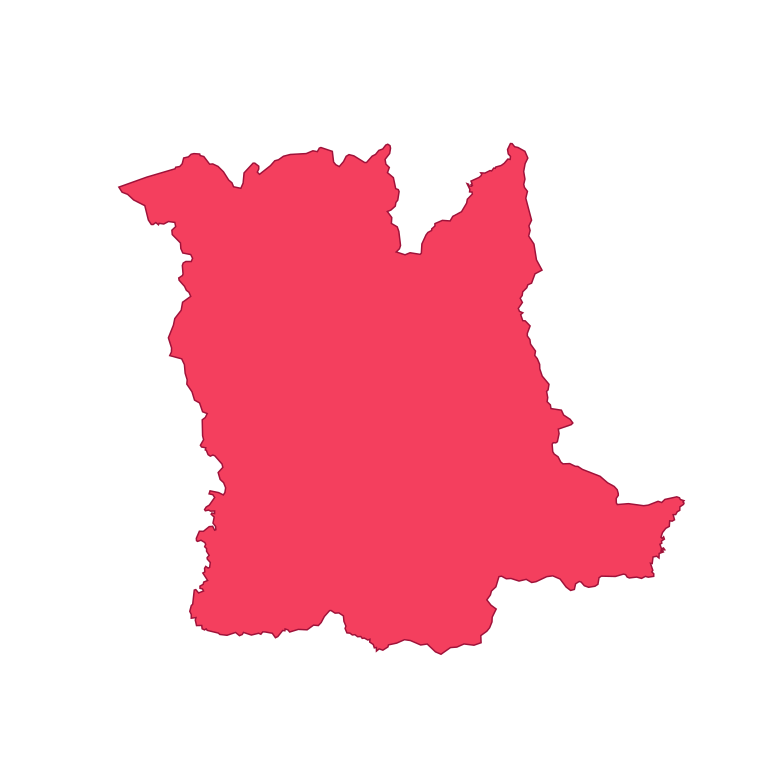 Mueang Nan, Nan, Thailand, rotated 163°
{"feature_id": "78962969B90844485924404", "entity_name": "Mueang Nan", "entity_type": "district", "adm_level": 2, "iso_a3": "THA", "parent_name": "Thailand", "parent_adm1": "Nan", "projection": "albers", "projection_center": [100.677, 18.865], "detail": "fine", "context": "isolated", "style": "filled", "palette": "rose", "viewbox_px": 768, "rotation_deg": 163, "n_neighbors": 0, "source": "geoboundaries", "source_scale": "gbopen_adm2", "svg_char_len": 6171}
<svg xmlns="http://www.w3.org/2000/svg" viewBox="0 0 768 768"><g transform="rotate(163 384 384)"><path d="M181.2,565.3L186.7,571.0L189.7,572.7L191.2,576.4L192.8,577.0L197.3,572.1L197.9,567.7L196.5,564.7L197.7,561.9L199.8,562.9L204.5,559.9L208.1,558.7L213.8,558.8L214.6,557.7L215.9,558.4L218.8,556.3L220.2,557.1L225.8,556.2L229.7,557.6L229.2,556.2L230.1,554.9L232.5,553.8L241.5,552.6L241.2,549.9L242.4,549.2L241.4,548.2L242.4,547.5L244.8,548.5L244.7,550.3L246.0,551.3L245.0,545.1L246.0,542.7L243.7,541.8L244.0,539.8L250.3,536.3L252.1,532.8L259.5,526.1L269.2,524.2L273.1,520.6L280.3,523.4L288.4,522.5L289.1,520.2L293.0,518.4L293.6,516.9L297.7,516.1L300.2,514.3L306.8,506.9L310.0,498.3L311.5,497.4L320.7,501.9L326.1,501.4L333.7,506.7L329.7,508.8L327.7,511.6L325.2,525.6L325.4,530.4L330.0,535.4L327.9,540.9L330.4,548.0L326.6,548.3L321.2,550.8L319.6,554.1L317.1,555.8L313.3,563.6L313.5,565.7L315.7,567.4L314.7,578.6L318.9,585.1L315.6,589.5L317.9,593.7L317.3,598.5L311.2,602.8L308.8,607.6L308.6,610.2L310.3,612.2L312.4,612.0L316.5,609.1L320.7,608.9L325.0,606.0L328.7,605.4L336.0,600.9L337.8,601.5L346.1,611.0L350.4,613.6L353.6,612.8L357.7,608.5L363.2,605.0L366.0,607.8L367.3,611.0L365.4,621.6L375.2,628.6L376.9,628.5L379.8,625.7L383.8,627.8L391.0,627.1L406.5,630.9L413.6,631.2L419.3,629.3L423.2,629.4L428.7,626.0L441.8,620.9L443.2,623.7L440.9,626.2L440.1,628.9L443.0,633.0L444.6,633.5L456.1,626.8L460.0,617.3L463.7,613.0L470.2,616.6L470.6,620.9L472.9,624.5L475.5,633.9L479.1,640.6L483.4,644.5L486.5,645.2L489.8,654.2L493.0,656.2L493.0,657.8L498.4,659.9L501.3,660.1L504.6,658.4L509.5,658.7L512.6,653.6L515.7,651.7L519.8,652.2L520.9,650.9L550.3,651.2L580.0,649.8L578.4,644.0L573.7,640.3L569.6,633.2L560.6,624.5L561.4,609.7L559.9,604.6L558.2,604.0L555.0,605.1L553.1,602.2L552.1,603.4L547.8,601.4L542.6,602.4L536.8,599.7L537.2,595.4L541.9,593.1L542.8,588.8L537.4,578.4L538.7,572.9L538.1,568.1L531.0,564.3L530.3,560.2L532.5,557.5L537.7,559.1L540.6,558.4L542.2,556.3L544.0,548.0L545.0,546.7L549.3,545.4L549.6,543.1L546.2,535.7L545.6,531.4L543.7,528.7L543.2,524.3L552.7,521.1L556.4,513.8L564.9,507.8L568.2,501.8L576.7,491.2L576.6,480.6L577.9,476.8L580.6,473.8L570.1,467.2L569.2,460.9L571.0,452.5L571.0,445.6L572.6,441.5L569.9,432.7L569.9,424.0L565.9,419.8L565.6,410.5L561.7,407.4L564.7,404.2L568.3,402.9L572.6,387.6L572.8,383.5L577.5,379.1L576.9,377.1L573.1,375.1L574.2,373.2L573.3,372.5L572.9,367.9L571.2,365.8L568.4,366.1L566.8,364.8L562.3,354.8L562.5,351.4L568.5,347.8L568.6,340.6L566.2,336.5L565.8,331.0L567.9,326.7L570.1,324.9L573.9,328.5L581.6,332.7L583.4,330.1L580.1,328.2L579.1,325.0L586.4,319.3L590.1,318.3L592.3,316.4L591.9,315.0L588.6,314.7L587.0,313.1L583.1,312.1L583.9,309.6L586.3,311.0L587.4,310.0L585.3,306.4L588.2,301.0L586.7,297.0L587.4,293.8L588.7,293.7L589.5,298.0L592.9,298.7L599.8,295.9L603.6,297.2L608.6,291.3L609.1,289.0L608.3,288.0L604.7,288.1L601.7,284.8L601.4,282.8L603.1,280.8L601.8,278.5L602.6,275.9L601.3,271.3L603.9,269.7L604.2,268.3L602.3,264.0L604.4,259.6L606.0,259.4L607.8,261.7L609.5,260.2L610.3,256.7L612.5,256.2L610.1,247.7L614.3,247.3L615.5,245.3L619.1,244.5L619.7,242.4L617.5,241.1L617.1,238.8L622.4,238.4L624.1,242.4L625.7,242.4L631.3,229.4L633.1,228.4L636.2,223.4L635.7,219.9L636.8,216.4L632.1,215.6L633.5,213.4L633.9,207.8L628.9,206.4L629.5,203.1L627.5,201.3L625.7,201.8L625.1,200.1L615.2,194.2L614.2,192.5L607.6,189.6L598.6,189.8L595.8,185.6L592.8,185.9L591.0,187.5L584.2,182.7L576.8,182.3L574.9,180.7L572.4,182.4L570.1,181.6L563.7,178.3L562.0,173.1L559.4,173.5L553.0,177.9L550.9,177.0L550.2,178.7L547.8,177.0L546.7,174.4L537.7,174.4L529.4,171.4L521.9,174.0L517.4,172.2L513.8,174.3L509.0,179.1L502.3,183.2L500.9,182.9L497.8,179.2L494.1,178.3L490.6,174.1L491.7,168.7L491.2,163.6L492.7,161.6L492.2,156.8L489.4,155.7L487.7,153.3L485.1,152.8L483.1,150.0L480.0,149.3L479.2,147.1L477.1,146.8L474.3,143.9L472.1,144.0L473.1,141.4L470.4,138.0L470.4,134.5L468.3,134.2L469.3,130.8L466.1,132.1L462.9,129.8L457.1,131.4L456.0,133.2L447.6,132.5L439.2,133.5L433.8,131.0L425.2,123.7L418.7,122.7L413.1,112.8L408.5,108.9L397.5,112.5L391.2,111.1L383.5,112.0L374.3,107.9L366.8,108.2L365.0,115.1L358.0,117.5L354.3,120.0L350.3,124.9L348.7,129.4L342.5,136.0L346.4,141.3L348.8,147.5L343.9,151.2L341.8,154.6L336.3,157.3L330.4,166.2L327.7,165.8L324.0,162.0L319.4,160.9L312.5,156.1L305.1,155.6L300.8,151.0L296.4,150.5L284.7,152.2L278.7,151.2L272.6,146.0L269.2,136.6L265.9,132.0L262.0,131.9L259.2,136.9L255.1,138.1L253.4,137.0L251.4,132.5L247.8,129.8L241.4,128.9L238.0,129.9L235.0,135.9L232.3,136.7L219.0,132.3L210.6,132.2L208.7,131.1L207.9,128.3L206.1,126.8L198.9,125.5L194.5,122.8L190.3,123.6L187.8,122.0L182.3,121.2L181.5,123.6L182.8,126.0L181.4,127.2L181.6,134.7L180.0,133.9L177.3,139.9L173.6,139.6L171.9,137.2L170.4,141.5L166.0,141.7L166.6,143.2L168.0,143.0L167.6,144.1L164.0,143.4L164.7,145.5L166.8,145.3L167.0,150.1L164.9,150.5L164.6,152.7L161.2,153.7L161.3,156.1L163.1,155.1L163.9,156.5L161.1,160.5L156.7,163.6L152.8,164.4L150.8,169.6L148.5,168.6L145.9,169.2L145.7,174.5L143.2,173.9L140.9,176.1L138.1,176.7L137.0,180.0L132.8,181.3L131.9,182.4L132.6,183.8L131.2,184.7L134.4,186.9L134.7,188.8L137.0,190.5L149.1,191.5L153.1,189.5L156.2,191.7L166.7,190.9L171.3,191.7L185.2,198.1L196.1,200.5L196.6,202.3L195.4,206.7L192.5,209.0L192.0,210.8L191.9,214.7L193.8,218.7L199.1,224.2L204.3,232.5L219.2,244.3L222.7,248.5L225.2,249.4L229.7,253.6L236.2,255.3L237.8,257.8L238.8,263.5L241.7,267.2L242.4,270.0L240.8,277.3L239.3,278.4L236.9,277.5L235.1,278.1L231.1,285.3L230.5,289.9L216.8,290.4L214.8,291.5L216.3,295.8L221.3,301.8L222.0,307.1L231.5,311.7L231.0,315.4L233.2,319.4L231.4,323.1L230.7,329.4L228.8,330.4L226.3,335.5L230.4,345.3L230.6,352.9L229.4,357.3L230.0,363.4L231.5,367.2L229.5,371.2L232.2,379.3L231.5,383.8L232.9,388.1L232.1,390.6L227.3,396.8L230.5,403.1L232.8,404.0L233.0,410.4L230.4,411.5L233.2,413.9L233.5,417.0L227.8,421.5L228.7,426.2L226.0,428.2L224.4,431.6L219.3,434.3L217.5,436.8L213.4,437.3L207.4,445.2L199.6,446.7L201.9,458.1L199.7,474.0L202.4,483.2L199.4,488.1L199.2,492.8L195.0,497.5L194.1,520.2L190.5,526.3L192.2,530.9L192.0,534.1L189.3,538.7L188.3,546.4L184.6,553.5L180.4,558.0L181.2,565.3Z" fill="#f43f5e" stroke="#9f1239" stroke-width="1.5"/></g></svg>